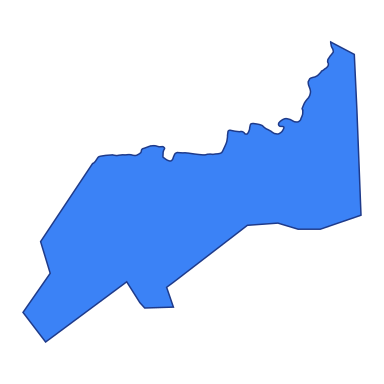 Petoa, Santa Bárbara, Honduras (Mercator projection)
{"feature_id": "27666195B13660887224612", "entity_name": "Petoa", "entity_type": "district", "adm_level": 2, "iso_a3": "HND", "parent_name": "Honduras", "parent_adm1": "Santa Bárbara", "projection": "mercator", "projection_center": [-88.208, 15.281], "detail": "fine", "context": "isolated", "style": "filled", "palette": "blue", "viewbox_px": 384, "rotation_deg": 0, "n_neighbors": 0, "source": "geoboundaries", "source_scale": "gbopen_adm2", "svg_char_len": 5915}
<svg xmlns="http://www.w3.org/2000/svg" viewBox="0 0 384 384"><path d="M330.7,42.0L330.7,42.8L330.8,43.3L331.1,44.9L331.3,46.0L331.4,46.4L332.0,47.7L332.6,48.7L332.9,49.4L333.0,49.8L333.2,50.8L333.3,51.7L333.3,51.9L333.3,52.0L333.2,52.2L333.0,52.6L332.8,52.8L332.4,53.2L332.3,53.4L331.5,54.5L330.6,55.5L330.2,56.0L329.0,57.8L328.5,58.6L328.1,59.1L327.9,59.5L327.8,60.0L327.7,60.7L327.6,61.3L327.7,61.9L327.7,62.2L327.8,62.4L327.9,62.6L328.1,62.9L328.2,63.2L328.4,63.7L328.4,64.0L328.3,64.8L328.3,65.3L328.1,65.7L327.9,66.1L327.6,66.5L327.4,66.8L326.6,67.6L325.9,68.2L325.7,68.4L325.2,68.6L324.9,68.8L323.6,69.9L322.9,70.4L322.4,70.7L322.1,70.8L321.9,70.9L321.5,71.1L321.4,71.3L321.0,72.0L320.7,72.4L318.4,74.8L317.7,75.4L317.3,75.7L316.8,76.0L316.2,76.3L315.2,76.8L314.8,77.0L312.9,77.4L311.4,77.9L311.0,78.0L310.6,78.2L310.3,78.4L310.0,78.6L309.7,78.8L309.6,79.0L308.9,80.4L308.3,81.5L308.2,81.8L308.2,82.0L308.2,82.9L308.4,84.3L308.5,84.8L308.6,85.1L308.8,85.7L309.4,87.3L309.9,88.6L310.2,89.7L310.4,90.8L310.5,91.4L310.5,92.0L310.4,92.6L310.3,93.4L310.0,94.5L309.8,95.2L309.5,96.0L309.0,96.8L308.7,97.5L308.3,98.0L308.0,98.3L307.2,99.2L306.4,100.2L305.6,101.2L305.2,101.8L304.9,102.3L304.4,103.1L303.9,104.2L303.1,106.1L302.5,107.6L302.2,108.4L302.1,108.7L302.2,108.9L302.3,109.2L302.4,109.5L302.6,109.8L302.9,110.1L302.7,110.4L302.7,110.6L302.7,110.9L302.8,111.5L302.8,111.8L302.7,113.3L302.7,113.9L302.5,114.8L302.3,115.3L302.1,115.9L301.7,116.9L301.0,118.4L300.9,118.8L300.7,119.5L300.5,119.9L300.3,120.2L299.8,120.7L299.2,121.2L298.8,121.5L298.6,121.6L298.2,121.8L297.8,121.9L297.2,122.0L296.7,122.0L295.9,121.9L295.5,121.9L294.8,121.8L294.6,121.8L293.9,121.5L290.6,119.7L290.2,119.5L287.9,118.9L286.5,118.6L286.0,118.6L285.6,118.6L285.1,118.7L284.6,118.8L284.0,119.0L283.4,119.3L282.9,119.5L282.2,119.9L281.2,120.6L280.3,121.3L279.7,121.9L279.1,122.6L278.9,122.8L278.8,123.0L278.7,123.3L278.6,123.6L278.5,124.1L278.5,124.3L278.6,124.6L278.6,124.9L278.7,125.1L278.8,125.3L279.0,125.5L279.3,125.9L279.6,126.1L279.8,126.2L280.0,126.3L280.7,126.4L281.5,126.4L282.7,126.5L283.1,126.6L283.3,126.7L283.6,126.8L283.7,127.0L283.8,127.1L283.9,127.4L283.9,127.7L283.8,128.2L283.7,128.5L283.5,129.0L283.1,129.7L282.3,131.1L282.0,131.5L281.7,131.8L280.8,132.6L280.0,133.1L279.6,133.3L279.2,133.6L278.8,133.8L278.3,133.9L277.9,134.0L277.4,134.0L277.1,134.0L276.7,133.9L276.0,133.8L275.7,133.7L274.8,133.6L274.6,133.6L274.4,133.5L273.7,133.1L273.0,132.7L272.1,132.1L271.1,131.3L270.2,130.8L268.5,129.9L267.8,129.5L266.8,129.1L266.2,128.8L265.9,128.6L264.9,127.9L264.1,127.3L263.6,126.8L263.1,126.3L262.6,125.9L262.3,125.6L261.9,125.4L261.4,125.2L260.9,125.0L260.3,124.8L259.4,124.5L257.4,124.1L256.2,123.9L255.4,123.8L253.5,123.5L252.8,123.5L252.1,123.6L251.5,123.7L251.2,123.8L250.9,124.0L250.7,124.1L250.5,124.5L250.3,124.9L250.2,125.4L249.9,126.8L249.7,127.6L249.6,128.8L249.5,129.4L249.4,129.8L249.1,130.5L248.8,131.4L248.5,132.0L248.2,132.6L247.8,133.2L247.6,133.5L247.3,133.8L247.1,134.0L246.8,134.1L246.4,134.1L246.0,134.1L245.5,134.0L245.1,133.9L244.9,133.7L244.7,133.6L244.4,133.1L244.2,132.8L243.8,132.5L243.5,132.3L243.1,132.0L242.7,131.8L242.2,131.6L241.7,131.5L241.4,131.5L241.0,131.5L240.5,131.5L239.8,131.7L239.6,131.7L239.3,131.7L234.9,131.2L230.0,130.2L229.8,130.2L229.6,130.3L229.1,130.4L228.7,130.6L228.4,130.8L228.2,131.1L228.1,131.3L228.0,131.5L227.5,135.3L227.5,136.6L227.4,137.7L227.2,139.0L227.0,140.3L226.8,141.4L226.6,142.1L226.4,142.7L226.0,143.8L225.3,145.4L224.9,146.3L222.8,150.8L222.6,151.2L222.4,151.6L222.1,152.0L221.8,152.3L221.6,152.6L221.2,152.8L220.8,153.1L220.4,153.3L219.9,153.4L219.5,153.5L217.9,153.8L215.2,154.0L214.6,154.1L213.7,154.3L212.9,154.3L212.6,154.4L212.2,154.3L211.2,154.2L210.5,154.1L209.7,154.1L208.6,154.2L207.8,154.2L206.9,154.4L206.2,154.6L205.5,154.8L205.0,154.9L204.3,154.9L203.6,154.9L202.9,154.9L200.9,154.7L197.8,154.4L194.5,154.0L189.6,153.3L188.3,153.1L186.0,152.9L185.3,152.8L184.7,152.8L184.2,152.8L183.3,152.9L182.7,152.9L178.1,152.6L177.4,152.5L177.1,152.6L176.5,152.8L175.9,153.1L175.7,153.2L175.5,153.3L175.2,153.5L174.9,154.0L174.7,154.2L174.5,154.5L174.4,154.9L174.2,155.4L173.9,155.9L173.7,156.4L173.3,157.4L173.0,158.5L172.5,159.5L172.1,160.0L171.8,160.3L171.6,160.5L171.3,160.7L171.0,160.8L170.7,161.0L170.4,161.0L170.2,161.0L169.9,161.0L169.6,161.0L169.1,160.8L168.4,160.6L167.8,160.4L166.8,159.9L166.2,159.5L165.8,159.3L164.4,158.2L163.7,157.7L163.0,157.1L162.9,156.9L163.0,155.1L163.1,153.0L163.1,152.3L163.5,150.9L163.7,150.2L164.0,149.7L164.3,149.2L164.5,148.8L164.6,148.5L164.6,148.3L164.5,148.0L164.3,147.7L164.0,147.4L163.6,147.1L163.4,146.9L163.0,146.7L162.8,146.7L162.6,146.6L159.3,146.8L159.1,146.8L157.7,146.4L157.2,146.3L156.3,146.0L155.9,145.9L155.5,145.8L155.1,145.8L154.4,145.7L152.9,145.7L152.1,145.8L151.3,145.9L150.6,145.9L150.2,146.1L149.2,146.4L144.6,148.1L142.7,148.7L142.5,148.9L142.3,149.0L142.0,149.2L141.8,149.5L141.6,149.8L141.5,150.1L141.4,150.4L141.4,150.6L141.3,151.2L141.2,151.7L141.0,152.1L140.9,152.4L140.7,152.7L140.5,152.9L140.2,153.1L139.6,153.6L138.5,154.3L137.9,154.6L137.0,155.1L136.5,155.3L136.0,155.4L135.6,155.5L135.1,155.5L134.5,155.5L134.0,155.4L133.0,155.3L131.7,154.9L131.0,154.8L129.8,154.6L129.0,154.6L128.2,154.6L126.6,154.8L125.4,154.9L124.3,154.9L122.7,154.8L121.8,154.9L119.1,155.2L117.4,155.5L116.8,155.6L115.9,155.5L114.7,155.3L113.8,155.2L112.8,154.9L112.5,154.9L112.2,154.9L105.6,155.4L101.8,156.0L100.1,156.3L99.6,156.5L99.1,156.6L98.9,156.7L98.6,156.9L98.4,157.1L98.1,157.3L97.8,157.7L96.8,159.2L95.6,161.0L95.4,161.3L95.1,161.7L94.2,162.5L93.9,162.9L93.6,163.1L93.4,163.2L93.0,163.4L92.8,163.5L92.6,163.5L40.6,241.6L50.2,273.3L23.0,312.4L45.6,342.0L126.7,281.8L139.9,302.7L144.7,308.0L173.4,307.1L166.6,287.3L173.9,281.9L247.4,225.3L277.9,223.1L298.1,229.2L308.4,229.2L320.3,229.2L361.0,215.2L356.9,110.0L354.3,54.4L330.7,42.0Z" fill="#3b82f6" stroke="#1e3a8a" stroke-width="1.5"/></svg>